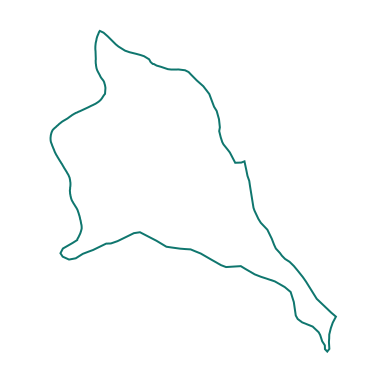 the district of En Mango, Micoud, Saint Lucia, rotated 268°
{"feature_id": "8701671B14589117854765", "entity_name": "En Mango", "entity_type": "district", "adm_level": 2, "iso_a3": "LCA", "parent_name": "Saint Lucia", "parent_adm1": "Micoud", "projection": "albers", "projection_center": [-60.924, 13.8], "detail": "fine", "context": "isolated", "style": "outline", "palette": "teal", "viewbox_px": 384, "rotation_deg": 268, "n_neighbors": 0, "source": "geoboundaries", "source_scale": "gbopen_adm2", "svg_char_len": 5115}
<svg xmlns="http://www.w3.org/2000/svg" viewBox="0 0 384 384"><g transform="rotate(268 192 192)"><path d="M103.6,261.4L99.8,271.6L93.8,281.3L88.6,287.1L78.5,289.9L64.9,291.4L61.4,293.2L57.9,297.5L53.3,307.9L47.4,313.7L44.6,315.1L38.3,316.9L34.1,319.4L30.3,319.4L27.8,321.6L30.4,323.8L37.4,323.6L41.0,324.0L44.8,324.2L51.1,326.0L56.5,328.1L62.4,331.5L66.6,326.9L76.0,317.7L80.9,312.9L85.6,310.2L98.3,302.9L103.1,299.8L110.1,294.6L114.5,291.2L118.8,287.1L121.9,282.6L125.2,279.6L127.9,277.8L132.6,273.8L136.4,272.2L142.5,270.1L151.7,266.0L158.8,259.7L162.8,257.4L171.2,253.8L174.1,252.9L195.7,250.2L201.1,249.6L206.2,248.0L211.7,247.1L220.8,245.5L219.7,242.3L219.7,236.2L230.2,231.2L233.0,229.2L238.5,225.1L240.8,224.0L245.7,222.6L251.9,221.3L255.6,222.1L263.8,221.5L272.1,219.5L276.5,217.0L289.3,212.7L297.3,207.0L303.3,200.7L309.5,195.0L312.0,192.8L313.9,189.3L314.9,183.0L315.1,175.6L315.6,172.2L318.2,165.3L319.6,161.0L321.2,158.4L321.4,157.2L323.3,155.2L326.1,153.8L329.4,148.8L330.8,145.0L332.0,141.1L333.9,134.4L335.6,130.0L340.0,123.5L342.2,121.0L350.4,113.3L354.3,109.2L356.2,105.5L355.7,105.1L355.1,104.7L354.4,104.4L353.8,104.1L353.2,103.9L352.4,103.5L351.8,103.2L351.1,102.9L350.4,102.6L349.7,102.4L348.9,102.1L348.1,101.9L347.4,101.8L346.7,101.6L345.9,101.4L345.2,101.2L344.5,101.0L343.8,100.9L343.1,100.8L342.4,100.7L341.6,100.6L340.9,100.5L340.1,100.5L339.4,100.4L338.6,100.4L337.9,100.4L337.2,100.4L336.4,100.5L335.7,100.5L335.1,100.5L334.4,100.5L333.7,100.5L333.0,100.5L332.4,100.5L331.7,100.5L331.0,100.5L330.2,100.5L329.4,100.5L328.7,100.5L328.0,100.5L327.3,100.4L326.7,100.3L325.9,100.3L325.2,100.3L324.5,100.3L323.8,100.3L323.2,100.4L322.5,100.5L321.7,100.5L321.0,100.6L320.3,100.7L319.6,100.8L318.9,100.9L318.3,101.1L317.6,101.3L316.7,101.6L316.1,101.9L315.4,102.2L314.8,102.5L314.0,102.9L313.4,103.2L312.8,103.5L312.2,103.8L311.5,104.1L310.8,104.4L310.2,104.7L309.6,105.0L308.9,105.5L308.3,105.9L307.8,106.3L307.2,106.7L306.6,107.2L306.0,107.5L305.3,107.8L304.7,108.1L304.0,108.2L303.2,108.4L302.5,108.6L301.6,108.8L300.9,108.9L300.1,109.0L299.5,109.1L298.7,109.1L293.1,108.5L292.6,108.0L292.1,107.6L291.5,107.1L290.9,106.7L290.2,106.2L289.6,105.8L289.0,105.4L288.5,105.0L287.9,104.5L287.4,104.1L287.0,103.6L286.5,103.1L286.1,102.6L285.7,102.1L285.3,101.5L284.9,100.9L284.6,100.4L284.2,99.7L283.7,98.9L283.4,98.3L283.0,97.4L282.7,96.7L282.3,95.9L282.0,95.1L281.3,93.5L281.0,92.9L280.7,92.2L280.4,91.6L276.5,82.4L276.3,81.7L276.0,81.0L275.7,80.4L275.4,79.8L275.2,79.1L275.0,78.4L274.6,77.8L274.3,77.1L273.9,76.4L273.5,75.7L273.2,75.1L272.8,74.5L272.3,73.8L272.0,73.3L271.6,72.7L271.2,72.1L270.7,71.4L270.3,70.8L269.8,70.1L269.5,69.5L269.1,68.8L268.8,68.2L268.4,67.5L268.1,66.9L267.7,66.2L267.4,65.6L267.0,65.0L266.7,64.4L266.2,63.8L265.7,63.1L265.3,62.6L264.9,62.0L264.5,61.5L263.9,60.8L263.4,60.3L262.9,59.6L262.5,59.1L262.0,58.6L261.4,57.9L260.9,57.2L260.5,56.7L260.0,56.2L259.5,55.6L259.0,55.1L258.4,54.7L257.8,54.4L257.1,54.0L256.5,53.8L255.8,53.5L254.7,53.2L253.7,52.9L253.0,52.8L252.3,52.7L251.6,52.6L250.9,52.5L250.2,52.5L249.5,52.5L248.8,52.5L247.9,52.6L247.1,52.7L246.4,52.9L245.8,53.1L245.0,53.4L244.4,53.6L243.7,53.8L242.8,54.1L241.8,54.5L241.1,54.7L240.2,55.1L239.6,55.3L238.9,55.6L238.2,55.8L237.6,56.0L236.8,56.3L236.1,56.6L235.5,56.9L234.6,57.3L233.6,57.8L232.9,58.2L232.3,58.6L231.3,59.0L230.6,59.5L230.0,59.8L229.1,60.3L228.4,60.7L227.8,61.0L227.2,61.4L226.7,61.7L225.9,62.1L225.2,62.5L224.7,62.9L224.1,63.2L223.3,63.6L222.7,63.9L221.7,64.5L221.0,64.8L220.3,65.2L219.6,65.6L219.0,66.0L218.2,66.4L217.5,66.8L216.7,67.3L215.9,67.7L215.3,68.0L214.7,68.3L214.1,68.7L213.5,69.0L212.8,69.3L212.2,69.5L211.4,69.8L210.8,70.1L209.1,70.4L208.4,70.5L207.8,70.6L207.1,70.6L206.5,70.7L205.8,70.8L205.2,70.8L204.5,70.8L203.8,70.8L203.2,70.7L202.5,70.7L201.8,70.6L201.0,70.4L200.2,70.3L199.4,70.3L198.5,70.1L197.8,70.0L197.1,70.0L196.2,70.1L195.5,70.1L194.8,70.1L194.0,70.2L193.3,70.4L192.7,70.4L192.0,70.5L191.4,70.7L190.5,70.8L189.8,71.0L189.1,71.2L188.5,71.4L187.9,71.6L187.1,72.0L186.5,72.3L185.7,72.8L184.9,73.1L184.3,73.5L183.7,73.9L183.1,74.2L182.6,74.5L181.9,74.9L181.3,75.2L180.8,75.6L180.2,75.9L179.6,76.2L179.0,76.5L178.4,76.8L177.6,77.1L176.9,77.3L176.2,77.5L175.3,77.8L174.6,78.0L173.8,78.2L173.0,78.4L172.3,78.6L171.7,78.8L170.9,78.9L170.2,79.1L169.4,79.2L168.7,79.3L168.0,79.5L167.2,79.7L166.4,79.8L165.7,79.9L165.1,80.0L164.1,80.1L163.5,80.3L162.6,80.4L162.0,80.5L161.2,80.5L160.5,80.5L159.7,80.5L159.1,80.4L158.4,80.2L157.7,80.0L157.1,79.8L156.4,79.6L155.7,79.3L155.0,79.1L154.2,78.7L153.5,78.4L152.8,78.0L152.2,77.7L151.5,77.3L150.6,76.9L150.1,76.5L149.4,76.1L148.9,75.8L148.0,75.6L145.3,71.0L140.0,61.0L135.4,58.4L131.9,60.5L128.8,66.7L128.9,67.6L129.8,73.5L134.0,80.7L136.1,86.8L137.5,91.1L141.9,101.0L143.4,104.4L143.4,109.1L144.0,111.1L145.5,115.9L149.1,124.0L152.9,132.5L153.6,138.6L144.5,154.8L138.2,164.5L137.3,169.4L135.8,178.1L135.2,183.3L134.7,188.6L132.6,193.2L130.2,198.6L123.2,209.8L121.5,212.6L117.9,218.4L115.8,223.4L116.0,230.4L116.2,238.2L113.3,242.6L107.5,251.8L105.0,257.6L104.5,258.9L103.6,261.4Z" fill="none" stroke="#0f766e" stroke-width="2"/></g></svg>